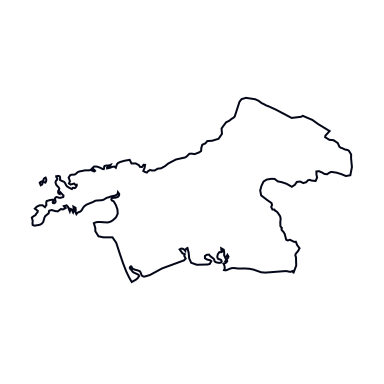 outline of Waikato, rotated 265°
{"feature_id": "NZL-5468", "entity_name": "Waikato", "entity_type": "Regional Council", "adm_level": 1, "iso_a3": "NZL", "parent_name": "New Zealand", "parent_adm1": "", "projection": "robinson", "projection_center": [175.468, -37.886], "detail": "fine", "context": "isolated", "style": "outline", "palette": "ink", "viewbox_px": 384, "rotation_deg": 265, "n_neighbors": 0, "source": "natural_earth", "source_scale": "10m", "svg_char_len": 5986}
<svg xmlns="http://www.w3.org/2000/svg" viewBox="0 0 384 384"><g transform="rotate(265 192 192)"><path d="M102.9,286.2L103.1,285.8L104.5,285.4L103.9,283.4L104.2,281.6L104.8,279.9L105.1,277.9L105.3,258.1L106.0,253.9L109.3,246.6L110.5,242.6L111.2,238.1L111.7,231.4L112.6,227.3L112.7,224.9L112.2,222.8L111.5,220.8L111.0,218.8L111.4,217.1L112.9,217.9L114.7,218.0L116.4,217.7L117.9,217.1L118.1,218.4L118.5,219.5L119.2,220.3L119.8,221.0L120.4,221.0L120.4,219.4L121.8,220.4L123.0,221.9L124.4,222.7L126.3,221.8L125.5,221.3L123.6,219.4L126.1,218.5L129.0,218.8L131.7,218.6L133.4,216.2L131.6,216.2L130.9,216.5L130.2,217.1L129.5,216.2L129.7,214.0L127.8,212.3L125.2,211.5L123.3,212.0L122.6,213.3L122.2,214.4L121.6,215.2L120.1,215.5L119.2,214.8L119.0,213.1L119.4,211.3L119.8,210.0L120.6,208.8L121.4,208.4L122.4,208.3L123.6,207.8L126.5,204.6L128.1,203.5L128.2,201.3L127.1,199.3L124.9,199.1L123.4,201.1L122.6,203.8L121.4,205.2L118.8,203.4L118.4,201.3L119.1,190.4L121.6,185.0L126.1,183.4L131.5,183.4L136.6,182.6L136.2,181.6L135.6,180.9L134.9,180.4L133.9,180.2L135.2,179.3L136.2,178.0L136.6,176.4L135.9,174.7L132.0,177.0L131.5,177.5L131.2,178.8L130.7,179.4L130.3,179.3L129.8,178.9L129.1,178.7L126.2,179.9L124.6,178.1L118.5,155.6L113.0,142.9L111.9,137.6L112.0,136.4L112.8,135.0L113.9,134.4L116.6,133.7L117.7,133.0L118.7,130.9L119.6,128.3L120.8,126.1L123.1,125.1L123.3,124.7L122.8,123.9L121.8,123.4L120.5,124.0L119.6,124.8L117.8,125.9L117.0,126.7L114.3,131.4L112.9,132.0L110.8,130.3L109.4,128.2L107.6,124.1L112.6,121.8L118.8,119.5L127.0,117.1L137.2,114.6L148.0,112.1L153.8,108.8L154.6,99.7L156.0,95.0L161.3,92.3L164.6,92.5L169.5,91.5L170.0,92.9L170.3,94.5L170.2,97.2L169.0,105.2L169.4,107.8L170.5,110.3L172.0,112.4L173.5,114.2L176.9,116.1L181.1,116.2L185.4,115.1L189.1,113.4L189.9,112.7L190.2,111.9L190.7,111.3L192.0,111.0L192.8,111.6L193.1,112.8L193.0,115.3L193.5,117.6L194.8,119.0L196.4,119.3L198.2,118.2L196.7,117.8L195.7,116.6L195.1,114.9L194.7,111.2L193.9,108.2L193.7,106.7L192.0,103.2L191.7,101.6L191.8,95.5L191.4,94.1L190.9,93.2L188.7,86.1L188.0,84.8L187.1,83.4L186.0,82.3L183.6,80.6L182.6,79.6L182.0,78.4L181.7,77.1L181.2,76.0L180.0,74.9L182.0,74.2L184.3,74.6L186.4,74.6L187.8,72.6L184.7,72.7L183.2,72.5L181.9,71.8L183.1,71.3L184.2,71.1L185.2,70.6L185.8,69.4L185.0,69.4L183.2,68.6L188.0,67.2L189.6,65.9L189.1,63.1L187.6,64.1L187.1,64.7L186.5,63.5L186.0,62.4L186.0,61.2L186.5,60.0L184.4,56.6L185.1,53.5L186.3,50.7L185.8,48.1L185.0,47.7L184.0,47.6L183.0,47.2L182.6,46.2L182.3,45.9L180.6,43.5L178.9,42.6L175.3,41.3L173.8,39.9L172.9,38.4L172.5,36.5L172.2,32.1L173.0,30.4L174.9,30.4L177.2,30.8L180.4,30.2L181.0,30.8L181.4,31.7L182.0,32.7L182.4,33.6L182.6,34.0L183.0,34.3L183.7,34.8L185.7,36.6L186.7,36.7L189.1,34.0L190.9,36.1L192.0,39.0L191.8,42.0L189.7,44.2L191.7,45.8L193.9,45.8L195.6,46.4L196.3,49.4L196.5,52.3L196.3,53.8L195.3,53.3L194.0,52.3L193.1,52.6L192.8,53.5L193.4,54.9L194.4,55.3L197.2,54.9L198.2,55.3L198.8,56.5L198.5,57.7L197.9,58.9L197.6,60.0L198.2,63.3L199.6,63.7L203.4,60.7L202.0,60.1L201.5,60.0L202.1,59.0L203.3,58.6L204.7,58.8L205.7,59.6L206.9,60.1L208.3,59.5L210.6,57.6L212.3,57.0L213.7,56.9L214.9,57.4L216.2,58.8L217.2,59.0L218.5,58.2L219.5,58.1L219.7,60.0L219.2,61.5L218.2,61.9L215.5,61.6L215.0,62.2L213.2,65.5L212.0,66.3L209.5,67.3L208.3,68.2L206.8,70.2L205.4,72.6L206.5,73.5L206.5,74.4L206.1,75.2L206.3,76.1L207.4,77.1L208.6,77.8L209.3,77.8L209.2,76.5L210.7,75.3L210.0,71.7L211.2,70.2L213.3,71.3L217.2,70.4L219.4,72.2L219.7,73.4L219.6,76.4L220.0,77.6L221.5,79.5L221.9,80.4L222.3,81.9L222.9,87.4L222.6,91.1L222.6,91.7L222.8,92.9L222.2,94.1L221.4,95.4L221.0,96.5L221.5,97.3L222.5,96.7L223.6,95.5L224.2,94.5L225.9,96.7L225.6,99.6L224.2,102.6L222.6,105.2L222.5,106.1L223.4,106.5L224.7,106.7L225.5,107.1L225.8,108.5L225.7,111.9L226.2,113.4L225.2,112.8L224.5,111.9L224.0,110.7L223.6,109.5L222.9,109.5L223.3,112.4L224.0,114.9L224.1,116.9L222.8,118.2L226.1,119.6L227.2,120.7L228.1,122.8L229.0,127.3L229.4,131.9L229.5,132.7L225.7,134.2L225.3,138.5L223.3,141.5L221.6,142.3L221.2,144.3L223.4,146.2L223.1,147.6L220.0,146.8L217.2,145.3L216.1,146.8L215.3,148.7L216.6,150.1L217.6,152.2L216.9,154.0L216.7,156.7L218.2,159.8L218.3,163.2L220.1,167.3L222.5,170.9L225.8,178.9L227.0,188.1L227.7,189.6L230.3,192.7L230.2,195.2L229.5,197.9L230.9,202.7L232.0,204.6L233.5,204.9L235.1,205.1L238.2,206.4L239.3,209.6L241.4,211.7L241.3,216.5L242.7,223.1L247.3,226.9L252.7,227.0L254.9,228.8L258.5,232.1L259.7,235.3L261.4,237.8L262.3,239.7L263.4,241.1L277.8,247.2L280.2,249.5L281.1,254.0L278.9,263.0L277.1,266.2L274.5,269.1L273.1,271.5L271.9,273.2L270.3,276.5L268.9,278.9L267.0,282.3L257.1,297.7L257.4,307.1L258.2,309.0L253.3,318.2L248.5,323.8L243.0,331.3L240.7,334.4L236.5,329.8L235.0,329.4L232.0,333.4L231.3,337.6L230.7,337.9L230.5,338.5L228.0,341.5L224.2,342.8L223.1,344.1L222.5,345.6L221.5,347.2L220.7,348.9L220.3,350.7L219.2,352.0L215.5,353.8L211.6,353.4L203.0,353.5L194.9,351.2L194.5,346.7L196.7,342.5L198.7,337.6L199.9,332.4L199.1,330.1L197.9,328.2L198.4,325.6L200.0,323.4L201.7,320.2L201.6,317.7L198.6,317.5L195.5,317.9L192.2,316.1L193.0,311.9L193.8,310.5L193.6,308.6L191.8,306.6L191.2,303.7L193.0,300.6L192.9,297.3L190.2,295.1L188.5,291.9L191.9,287.0L194.0,282.2L195.1,278.4L197.8,275.5L198.2,272.5L198.1,270.9L197.9,267.6L196.2,264.2L192.2,261.8L187.7,260.1L182.6,260.6L177.6,266.0L174.1,270.2L172.1,270.6L170.2,269.6L167.5,270.6L167.3,272.6L166.3,273.0L165.8,273.6L165.4,274.4L163.8,275.7L160.1,277.7L157.8,278.0L154.0,277.3L150.2,277.1L149.1,277.8L148.3,278.4L147.3,277.9L146.2,278.1L144.2,279.7L142.1,280.7L136.2,281.7L135.4,283.2L135.9,285.4L133.6,289.1L133.3,290.1L133.4,291.1L129.8,292.2L126.6,294.2L123.9,292.5L122.2,290.7L121.1,289.8L119.8,289.4L117.9,289.9L109.6,289.4L102.9,286.2ZM219.1,47.4L217.9,47.8L216.7,47.9L216.3,47.8L215.5,47.6L214.4,47.0L214.1,46.7L214.3,46.2L214.7,45.4L214.7,45.0L214.7,44.7L214.5,44.2L213.9,43.8L213.1,43.6L212.4,43.1L211.9,41.9L214.5,41.1L215.2,42.0L216.2,45.0L217.2,45.1L218.0,45.5L218.7,46.3L219.1,47.4Z" fill="none" stroke="#020617" stroke-width="2"/></g></svg>